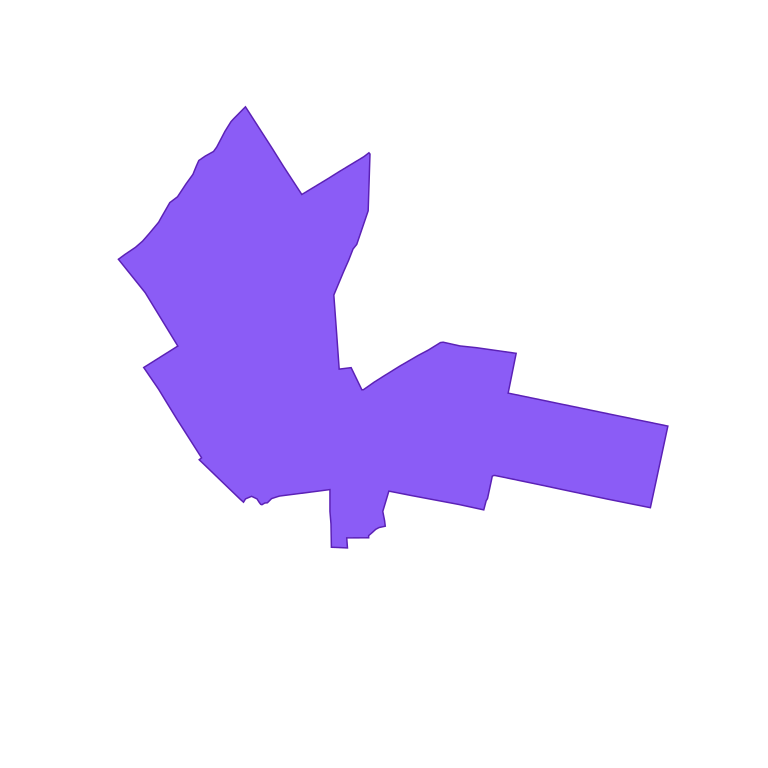 the district of Crangu, Teleorman, Romania, rotated 126°
{"feature_id": "2599482B25275018283858", "entity_name": "Crangu", "entity_type": "district", "adm_level": 2, "iso_a3": "ROU", "parent_name": "Romania", "parent_adm1": "Teleorman", "projection": "orthographic", "projection_center": [25.064, 43.86], "detail": "fine", "context": "isolated", "style": "filled", "palette": "violet", "viewbox_px": 768, "rotation_deg": 126, "n_neighbors": 0, "source": "geoboundaries", "source_scale": "gbopen_adm2", "svg_char_len": 1514}
<svg xmlns="http://www.w3.org/2000/svg" viewBox="0 0 768 768"><g transform="rotate(126 384 384)"><path d="M547.0,330.6L544.5,326.9L538.1,317.2L530.4,323.7L517.4,306.0L515.7,307.3L510.6,306.1L506.5,305.3L503.0,303.6L498.3,299.4L494.3,303.1L487.8,310.1L467.8,317.1L458.3,296.6L437.5,252.7L427.2,229.3L418.5,232.7L415.9,232.9L398.3,240.7L395.0,242.2L393.7,241.6L392.8,240.5L377.0,205.5L345.8,135.6L327.5,95.8L303.3,106.5L251.2,129.6L274.7,181.5L318.4,278.2L281.5,295.1L300.2,330.4L308.6,345.0L315.4,360.7L317.3,362.7L330.3,368.0L340.7,373.1L359.9,381.6L376.8,388.5L388.4,393.1L400.7,397.3L401.7,398.5L390.1,420.2L398.3,429.0L370.4,452.5L341.5,476.9L316.5,482.8L304.8,485.3L293.0,488.4L287.1,488.1L253.2,498.6L238.9,508.3L206.2,530.5L206.0,531.3L205.8,532.1L209.2,533.1L211.9,533.9L237.3,544.6L251.7,550.4L279.0,561.9L267.1,593.1L259.1,612.9L241.2,659.0L244.3,659.5L257.5,661.5L261.5,662.0L273.0,661.2L290.6,658.6L296.1,658.6L304.7,662.6L312.0,665.2L317.7,664.0L326.7,661.8L338.3,661.8L353.9,661.1L363.1,663.9L381.7,661.9L385.5,661.4L400.5,662.4L410.4,663.3L419.5,665.4L431.6,669.8L439.2,672.2L450.5,630.8L474.5,573.1L511.9,588.1L520.8,563.1L526.9,548.5L534.2,530.8L538.8,519.1L549.3,492.4L550.6,489.0L551.0,488.2L553.9,489.0L561.8,432.3L562.2,428.2L558.3,428.5L552.7,425.1L551.6,419.2L553.1,415.4L553.8,413.0L553.4,411.8L550.4,410.5L548.6,408.5L542.8,407.6L538.5,404.5L536.0,402.6L510.3,375.3L501.2,365.7L501.7,365.3L518.9,352.8L528.3,344.7L547.0,330.6Z" fill="#8b5cf6" stroke="#5b21b6" stroke-width="1.5"/></g></svg>